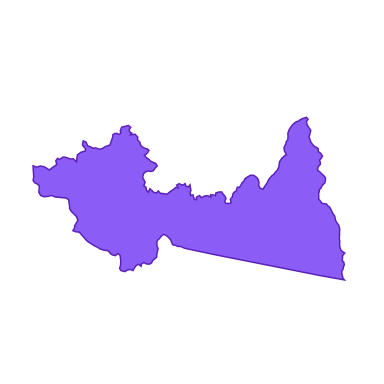 Diorama, Goiás, Brazil, rotated 6°
{"feature_id": "56859067B93328586623041", "entity_name": "Diorama", "entity_type": "district", "adm_level": 2, "iso_a3": "BRA", "parent_name": "Brazil", "parent_adm1": "Goiás", "projection": "orthographic", "projection_center": [-51.364, -16.2], "detail": "fine", "context": "isolated", "style": "filled", "palette": "violet", "viewbox_px": 384, "rotation_deg": 6, "n_neighbors": 0, "source": "geoboundaries", "source_scale": "gbopen_adm2", "svg_char_len": 4159}
<svg xmlns="http://www.w3.org/2000/svg" viewBox="0 0 384 384"><g transform="rotate(6 192 192)"><path d="M149.1,271.2L149.2,268.9L151.6,267.2L154.3,268.3L157.2,268.2L159.3,266.7L159.9,264.4L161.9,262.5L163.7,260.5L163.5,258.0L163.8,254.5L164.2,251.8L162.9,249.4L162.2,245.9L162.7,243.6L164.5,241.8L166.2,239.1L168.2,237.1L171.3,238.1L173.3,239.7L175.7,241.6L177.0,244.3L178.3,246.5L181.4,246.8L183.3,247.6L186.9,247.4L190.4,248.7L221.7,252.0L274.4,256.8L327.9,261.7L352.8,263.5L351.0,261.7L350.4,259.6L349.4,257.3L349.3,255.0L350.3,252.7L350.4,250.7L351.1,248.5L350.3,245.9L348.6,244.6L348.6,241.8L348.4,239.6L350.3,236.7L347.9,235.6L346.2,234.3L345.0,231.8L344.2,228.5L344.1,225.6L343.4,223.4L343.3,221.3L343.2,218.8L342.9,216.6L342.9,214.6L342.5,212.3L341.4,209.8L339.7,207.8L338.3,206.2L337.4,204.0L336.3,200.8L334.7,199.1L333.5,197.4L332.2,195.1L330.4,192.6L328.6,191.6L327.0,189.9L324.5,189.8L322.4,189.6L320.9,187.9L318.8,185.8L318.5,182.8L318.1,180.4L318.5,178.2L318.5,176.2L320.0,174.5L320.6,172.2L323.1,169.1L323.5,166.5L323.3,164.0L321.4,162.0L319.1,160.4L317.6,159.1L315.8,158.0L314.4,156.7L314.9,153.6L316.8,151.0L316.4,148.9L315.5,147.1L316.9,145.1L318.1,142.7L315.9,140.0L313.3,138.5L313.1,135.9L311.2,134.6L309.4,134.1L307.3,132.5L305.1,130.0L303.9,127.6L302.6,125.0L303.2,121.6L303.7,118.3L301.3,115.6L299.3,112.8L298.4,110.1L299.9,107.6L298.0,105.8L293.9,107.6L291.9,108.9L290.6,110.4L288.7,111.0L286.9,112.5L284.8,114.9L282.8,118.4L281.9,120.4L281.2,123.4L281.7,126.9L281.8,130.2L280.4,132.1L280.3,134.4L278.8,138.2L279.6,141.5L282.0,145.0L280.2,146.3L277.7,149.3L276.0,152.4L275.8,155.3L275.7,158.0L274.7,161.1L272.9,163.6L271.5,165.9L269.8,167.4L266.9,171.6L266.0,174.6L263.9,178.5L262.3,181.8L259.3,181.0L257.7,178.7L257.6,175.8L256.8,173.2L255.1,170.9L251.7,169.0L248.4,169.2L245.3,171.5L243.2,173.4L242.5,175.8L240.9,177.4L239.8,180.3L238.7,182.4L236.6,182.5L235.9,186.1L233.9,187.9L232.9,189.5L232.6,192.9L230.9,195.2L232.1,198.7L229.6,199.6L226.9,199.7L225.4,198.2L226.5,194.9L225.0,192.5L223.4,191.1L221.5,188.8L218.7,189.2L215.8,190.5L215.7,193.1L213.2,192.7L210.7,192.9L211.3,195.3L208.0,194.0L204.7,194.8L202.1,196.6L199.8,194.7L196.9,196.7L197.3,199.2L195.0,198.9L193.3,194.8L191.0,195.5L190.3,192.9L190.7,190.3L189.2,185.1L187.8,187.2L185.5,187.0L184.3,184.4L181.9,186.2L178.3,185.1L176.0,186.8L177.8,189.3L175.4,189.1L172.7,191.9L170.1,194.0L167.6,196.7L165.7,196.7L163.5,196.6L160.6,196.6L158.4,194.5L156.7,196.6L154.0,196.4L152.0,194.7L149.7,193.2L148.7,196.8L146.6,195.1L145.7,192.0L143.4,190.8L144.4,187.2L143.0,185.1L141.5,183.0L141.7,179.8L142.8,177.5L146.1,175.6L148.8,175.9L151.2,175.0L153.2,171.6L154.7,169.8L152.9,167.3L150.0,166.5L147.7,165.7L145.9,164.2L143.0,162.6L140.8,160.3L142.6,159.1L143.8,157.4L144.8,155.0L143.0,153.8L140.1,153.4L137.4,152.0L135.7,150.5L135.1,148.1L132.2,145.6L132.4,143.1L129.2,140.5L124.9,141.5L125.9,139.7L123.8,138.8L123.0,136.5L124.3,134.1L121.8,132.5L115.3,134.9L114.3,138.4L115.0,141.1L113.3,142.4L111.3,141.6L109.2,141.8L107.3,143.3L107.5,145.4L107.0,147.3L105.5,153.7L103.6,154.7L100.2,156.4L98.6,158.0L95.7,159.1L91.5,158.2L88.9,158.8L86.8,157.8L83.3,156.9L81.6,153.6L78.6,152.5L78.1,155.0L78.3,157.0L81.6,160.3L81.6,162.3L77.2,164.2L74.1,167.1L74.0,174.1L70.6,171.4L67.5,171.8L63.2,170.8L60.2,170.7L57.0,173.4L54.8,172.6L53.3,175.1L54.6,178.9L51.6,181.4L49.1,183.7L47.6,185.0L44.2,183.1L42.0,182.3L38.4,182.0L35.3,183.4L31.2,182.6L32.4,190.0L33.0,193.4L32.8,197.3L35.0,199.5L37.1,200.1L39.5,201.8L39.7,205.9L39.7,208.3L41.9,211.3L45.0,212.2L47.3,211.8L49.3,211.4L52.8,210.1L56.6,211.3L59.4,211.2L62.8,211.2L67.8,211.2L70.4,213.0L70.8,215.5L71.7,218.7L72.0,221.4L74.0,223.9L79.7,228.5L81.5,232.1L80.1,235.0L78.9,237.8L79.0,240.1L77.6,242.9L80.3,243.7L84.1,243.7L87.7,247.1L89.7,248.8L91.1,250.3L93.3,252.1L95.7,253.3L100.8,255.8L104.0,256.9L106.1,258.1L110.6,259.1L114.1,259.1L116.1,260.4L117.4,261.9L119.5,262.9L122.5,263.3L124.8,261.0L127.2,262.7L127.8,265.5L128.4,267.9L128.5,270.0L128.6,272.5L128.0,275.6L129.6,277.6L133.6,278.2L135.8,276.4L138.6,275.5L141.6,276.3L142.7,273.5L144.4,270.7L146.4,269.6L149.1,271.2Z" fill="#8b5cf6" stroke="#5b21b6" stroke-width="1.5"/></g></svg>